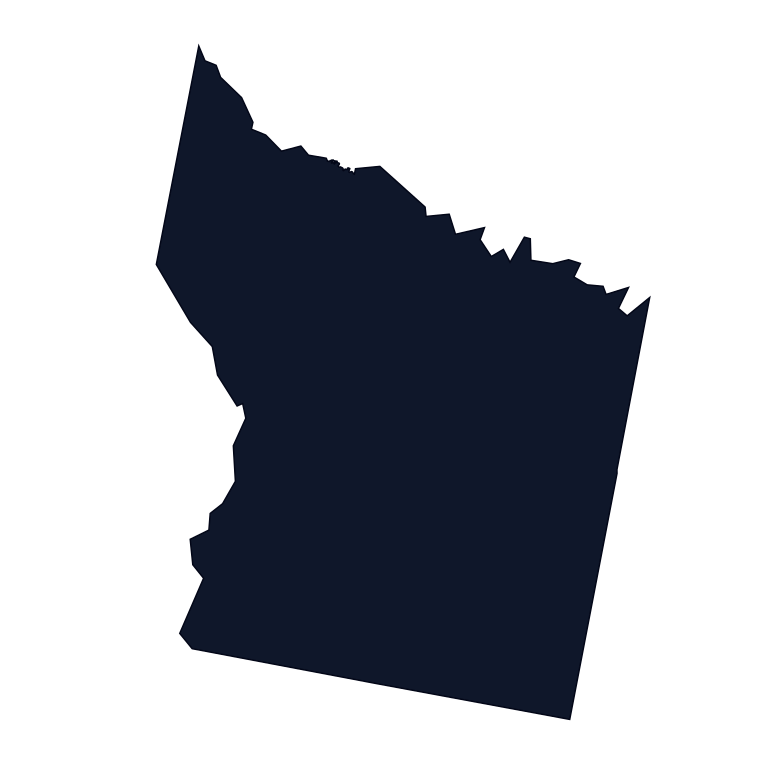 outline of Smith, Texas, United States of America, rotated 11°
{"feature_id": "52423323B77803099717971", "entity_name": "Smith", "entity_type": "district", "adm_level": 2, "iso_a3": "USA", "parent_name": "United States of America", "parent_adm1": "Texas", "projection": "equal_earth", "projection_center": [-95.37, 32.411], "detail": "fine", "context": "isolated", "style": "filled", "palette": "ink", "viewbox_px": 768, "rotation_deg": 11, "n_neighbors": 0, "source": "geoboundaries", "source_scale": "gbopen_adm2", "svg_char_len": 2485}
<svg xmlns="http://www.w3.org/2000/svg" viewBox="0 0 768 768"><g transform="rotate(11 384 384)"><path d="M628.3,248.4L609.7,270.7L599.7,265.1L605.6,242.6L584.9,253.7L580.4,246.3L564.5,247.9L550.0,242.7L553.8,228.2L541.5,226.8L526.7,233.7L504.6,234.5L499.9,213.5L493.8,213.1L484.5,240.5L475.5,229.1L465.0,238.4L450.8,224.0L452.8,211.3L425.6,223.4L415.6,204.9L393.3,211.5L390.6,202.5L338.4,171.2L315.0,178.1L314.9,183.8L314.7,183.8L314.4,183.8L314.0,183.5L312.9,182.2L312.7,182.1L312.3,181.8L312.2,181.8L311.7,181.7L311.2,181.8L310.5,182.5L310.2,182.7L309.7,182.8L309.3,182.7L309.1,182.4L309.1,182.1L309.1,181.1L308.8,180.1L309.3,179.7L309.4,179.4L309.3,179.0L309.1,178.9L308.5,178.9L307.9,178.7L307.6,178.7L307.1,179.0L307.0,179.5L307.1,179.8L307.0,180.2L307.0,180.4L306.7,180.6L306.4,180.6L305.5,180.5L305.1,180.4L304.8,180.5L304.6,180.7L304.6,181.0L304.5,181.4L304.5,181.6L304.0,182.0L303.8,182.2L303.4,182.3L303.1,182.2L302.9,182.1L302.8,181.9L302.9,181.4L303.0,181.1L302.9,180.7L302.5,180.3L302.2,179.9L301.7,179.7L300.6,179.4L299.7,179.2L299.4,179.3L299.3,179.6L299.1,179.7L298.9,179.7L298.4,179.7L298.1,179.6L297.9,179.4L297.3,178.8L297.3,178.5L297.7,178.1L297.8,177.7L298.1,177.2L298.1,176.9L298.2,176.4L298.1,176.1L297.9,175.9L297.6,175.7L297.1,175.7L296.2,175.6L295.8,175.3L295.6,174.6L295.2,174.2L294.9,174.6L294.7,174.7L294.4,174.6L294.5,175.2L294.5,176.1L294.3,176.1L293.9,175.8L293.8,175.5L293.8,175.3L293.5,174.8L293.3,174.3L293.0,174.3L292.9,174.4L293.1,175.1L293.1,175.6L293.2,176.3L293.6,176.9L293.6,177.1L293.4,177.4L292.9,177.3L292.5,177.1L292.2,176.9L292.0,176.5L291.6,176.5L291.3,176.6L290.6,177.0L290.4,177.1L290.2,176.7L290.1,176.4L290.2,176.1L290.3,175.7L290.7,175.3L291.1,175.3L291.4,175.1L291.6,174.7L291.7,174.1L291.6,173.9L291.4,173.8L291.2,173.8L290.3,174.2L289.8,174.2L289.6,174.3L289.3,174.7L288.7,175.1L288.4,175.1L288.3,175.3L288.1,175.7L288.0,175.9L287.7,176.1L286.6,176.0L286.3,176.1L286.1,176.1L286.1,175.6L286.0,175.4L285.6,175.2L285.1,174.9L284.8,174.5L284.5,173.7L284.4,173.6L284.2,173.4L266.2,173.8L257.0,166.3L238.9,175.0L220.4,162.2L205.2,159.2L205.4,152.1L189.6,130.1L165.1,114.2L158.4,103.2L146.6,100.9L137.7,87.6L137.7,310.1L182.3,360.4L208.3,380.0L218.9,407.0L244.0,433.6L249.0,430.1L254.9,444.0L247.9,473.4L256.7,507.9L248.4,532.3L238.1,544.2L240.0,560.8L223.4,573.4L230.8,597.9L244.0,609.1L231.1,667.8L246.2,680.4L433.8,679.5L630.3,677.8L629.8,427.3L629.0,423.6L628.3,248.4Z" fill="#0f172a" stroke="#020617" stroke-width="1.5"/></g></svg>